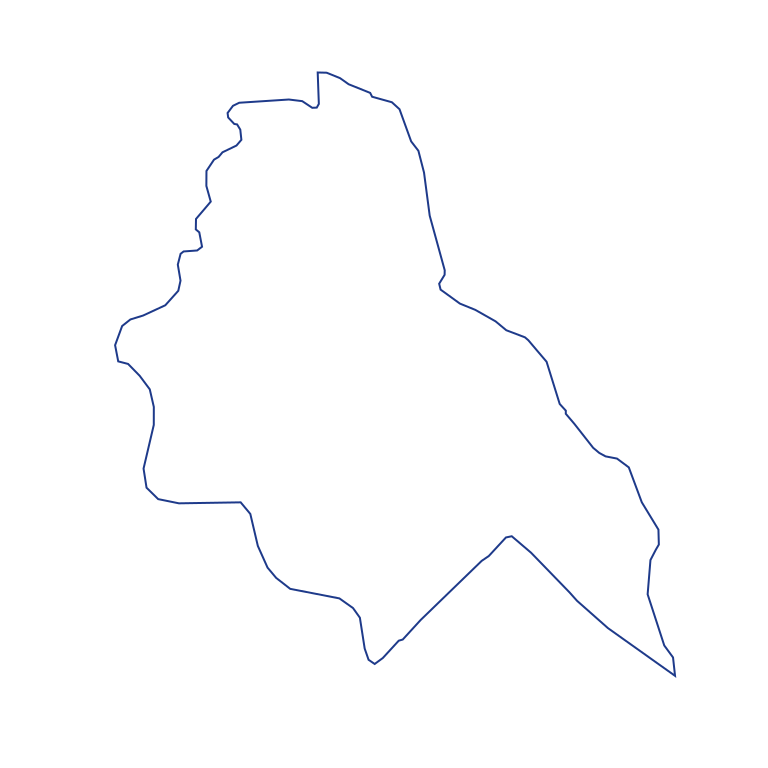 Santa Catarina Pinula, Guatemala (Albers equal-area conic projection), rotated 85°
{"feature_id": "79465075B31337947825966", "entity_name": "Santa Catarina Pinula", "entity_type": "district", "adm_level": 2, "iso_a3": "GTM", "parent_name": "Guatemala", "parent_adm1": "", "projection": "albers", "projection_center": [-90.471, 14.567], "detail": "fine", "context": "isolated", "style": "outline", "palette": "blue", "viewbox_px": 768, "rotation_deg": 85, "n_neighbors": 0, "source": "geoboundaries", "source_scale": "gbopen_adm2", "svg_char_len": 1522}
<svg xmlns="http://www.w3.org/2000/svg" viewBox="0 0 768 768"><g transform="rotate(85 384 384)"><path d="M579.9,495.3L593.7,447.1L599.4,440.4L604.5,434.4L614.7,428.4L645.9,426.3L657.4,423.4L662.1,417.7L656.9,409.1L641.0,391.7L640.2,387.6L622.4,368.2L568.7,302.1L564.5,294.6L547.5,275.9L546.8,270.0L564.9,252.2L607.7,217.4L616.8,210.6L646.7,182.2L700.1,119.5L681.6,119.9L668.9,127.6L616.5,139.7L582.6,133.9L572.7,127.6L567.9,124.2L553.0,123.3L524.3,137.5L488.4,147.4L478.6,158.4L475.4,169.6L471.4,175.6L465.8,181.2L440.2,197.9L429.5,205.5L426.4,205.2L419.2,210.7L376.0,220.1L364.2,228.5L353.0,236.4L349.8,239.5L341.1,257.5L331.3,267.4L318.1,286.6L310.5,301.4L294.9,319.4L288.9,320.3L280.5,314.1L276.0,313.6L220.3,323.8L176.9,325.7L154.7,329.4L144.7,335.8L111.6,344.6L104.0,351.6L96.8,370.8L92.8,372.4L82.3,393.1L75.5,401.1L68.9,414.0L67.9,422.9L99.3,424.5L102.8,426.9L102.6,431.4L95.1,440.8L92.3,454.0L91.2,503.7L93.7,510.2L100.4,516.2L104.9,516.0L111.9,510.5L112.6,507.7L118.1,505.0L128.3,504.8L133.6,510.2L139.1,524.7L143.4,529.0L145.7,533.8L156.3,542.3L171.2,543.7L187.2,540.7L190.9,544.4L203.2,556.9L213.6,558.0L216.8,554.8L231.4,553.3L234.7,558.5L234.5,572.1L236.6,575.3L247.1,579.0L263.3,577.7L273.2,580.8L286.5,595.0L294.8,618.0L297.6,631.0L303.4,639.8L321.9,648.5L338.3,646.8L341.7,637.2L354.5,626.7L368.9,617.8L386.8,615.3L404.7,616.9L447.3,630.9L466.6,629.6L479.0,619.0L485.0,598.7L489.4,537.1L501.8,528.5L534.3,523.8L556.8,516.0L567.8,508.3L579.9,495.3Z" fill="none" stroke="#1e3a8a" stroke-width="2"/></g></svg>